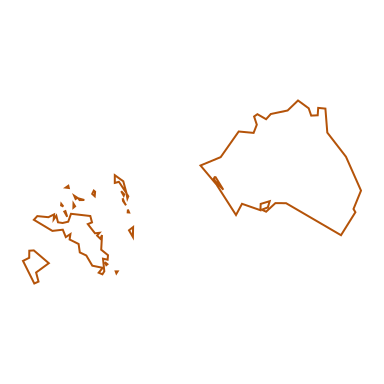 Aceh Singkil, Aceh, Indonesia
{"feature_id": "22746128B17710719872214", "entity_name": "Aceh Singkil", "entity_type": "district", "adm_level": 2, "iso_a3": "IDN", "parent_name": "Indonesia", "parent_adm1": "Aceh", "projection": "mercator", "projection_center": [97.426, 2.307], "detail": "medium", "context": "isolated", "style": "outline", "palette": "amber", "viewbox_px": 384, "rotation_deg": 0, "n_neighbors": 0, "source": "geoboundaries", "source_scale": "gbopen_adm2", "svg_char_len": 1879}
<svg xmlns="http://www.w3.org/2000/svg" viewBox="0 0 384 384"><path d="M200.5,165.5L216.9,185.0L213.9,178.5L214.6,177.2L214.8,177.1L215.6,177.2L223.3,189.7L216.3,182.2L217.1,185.5L236.0,215.0L242.0,203.8L260.4,210.2L260.7,203.9L269.7,201.2L267.8,207.4L261.8,209.7L266.1,211.7L275.4,203.1L286.1,203.2L341.0,235.2L355.4,212.2L353.5,209.0L361.0,190.6L346.0,156.8L327.3,132.6L325.4,108.6L318.2,107.9L317.7,115.3L311.2,115.6L308.7,108.3L298.0,100.5L287.6,110.5L270.8,114.0L266.1,119.2L257.4,114.2L254.1,116.5L256.8,124.7L253.6,132.9L238.7,131.5L220.7,157.1L200.5,165.5ZM54.1,214.4L48.4,217.2L37.3,216.1L33.9,219.8L52.4,230.9L62.8,229.7L65.8,237.1L70.4,234.1L69.6,239.5L78.6,244.0L79.8,252.4L86.3,255.5L92.3,265.7L102.7,267.8L98.7,272.7L102.4,274.3L104.3,271.3L103.0,258.7L107.6,259.7L108.0,255.2L101.2,249.7L102.0,235.1L100.3,238.7L97.1,235.6L99.5,232.8L95.0,233.3L87.8,224.1L92.0,222.4L90.3,216.0L71.0,213.8L68.2,221.7L62.6,223.0L58.0,222.3L56.3,215.7L53.7,219.4L54.1,214.4ZM33.8,250.4L29.3,250.7L29.2,257.8L23.0,260.9L34.3,283.5L38.5,281.6L36.1,272.5L48.8,263.2L33.8,250.4ZM114.8,175.2L114.8,182.9L118.9,181.8L126.5,193.2L123.3,181.3L114.8,175.2ZM132.9,237.0L133.1,227.1L129.0,230.3L132.9,237.0ZM79.6,200.1L84.3,200.0L78.2,198.3L79.6,200.1ZM67.2,216.8L65.4,211.1L64.3,211.6L67.2,216.8ZM94.7,196.2L95.1,191.7L93.8,190.6L92.2,193.9L94.7,196.2ZM75.6,199.0L77.4,197.8L74.2,195.7L75.6,199.0ZM124.2,194.3L121.2,191.2L123.7,195.7L124.2,194.3ZM107.4,264.2L105.0,262.2L106.3,265.1L107.4,264.2ZM73.4,207.7L75.1,206.3L73.5,203.7L73.4,207.7ZM61.1,205.4L63.3,206.5L61.3,203.9L61.1,205.4ZM129.1,212.5L127.9,209.6L127.7,212.4L129.1,212.5ZM116.4,273.3L117.6,271.4L115.7,271.4L116.4,273.3ZM65.7,187.6L68.8,188.0L68.3,185.8L65.7,187.6ZM126.0,205.3L124.1,202.0L122.7,198.3L123.0,200.9L126.0,205.3ZM127.4,198.5L128.3,196.3L126.5,193.5L127.4,198.5Z" fill="none" stroke="#b45309" stroke-width="2"/></svg>